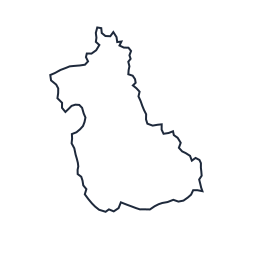 outline of Santana do Jacaré, Minas Gerais, Brazil, rotated 108°
{"feature_id": "56859067B59414869948736", "entity_name": "Santana do Jacaré", "entity_type": "district", "adm_level": 2, "iso_a3": "BRA", "parent_name": "Brazil", "parent_adm1": "Minas Gerais", "projection": "orthographic", "projection_center": [-45.071, -20.88], "detail": "fine", "context": "isolated", "style": "outline", "palette": "slate", "viewbox_px": 256, "rotation_deg": 108, "n_neighbors": 0, "source": "geoboundaries", "source_scale": "gbopen_adm2", "svg_char_len": 1703}
<svg xmlns="http://www.w3.org/2000/svg" viewBox="0 0 256 256"><g transform="rotate(108 128 128)"><path d="M41.9,188.3L47.5,188.0L51.9,185.9L56.0,185.2L57.9,180.9L63.9,182.3L68.5,185.7L69.9,190.2L73.6,189.9L77.0,186.6L81.1,188.5L83.4,193.1L85.6,198.4L87.4,202.5L90.1,205.7L93.7,210.2L98.5,214.7L101.6,218.3L106.5,215.9L108.9,209.7L111.9,206.6L116.4,205.2L121.5,204.3L124.4,198.5L129.2,197.0L132.1,192.5L128.2,190.4L124.4,188.5L122.1,185.3L121.1,181.5L123.0,177.9L127.9,174.6L131.2,171.7L135.7,171.2L140.0,171.4L144.0,173.2L148.0,175.7L151.1,179.5L155.3,177.9L160.0,176.9L163.9,172.8L169.5,169.6L173.0,167.2L176.5,165.0L179.9,163.4L183.4,163.0L187.4,161.6L188.8,157.4L192.1,155.0L196.4,152.8L199.0,148.7L204.4,148.6L207.9,143.7L210.9,138.9L212.9,135.0L214.7,130.2L214.6,123.4L211.3,121.0L211.7,115.8L207.1,112.2L200.9,111.8L201.3,105.1L201.5,99.9L201.7,95.6L201.7,91.5L200.2,87.0L198.7,82.0L194.2,78.5L191.0,75.3L188.7,72.2L186.2,67.5L182.3,62.7L182.4,57.3L179.9,52.8L175.6,49.6L171.9,47.4L167.0,46.8L165.7,42.7L165.1,37.7L162.1,40.0L158.5,42.2L155.0,44.4L150.6,43.2L146.8,44.8L143.3,46.4L138.9,47.8L136.3,50.2L135.6,54.5L139.3,57.2L135.3,60.4L134.0,65.5L133.5,69.3L131.1,73.5L125.8,73.3L122.0,77.7L120.6,82.2L117.2,84.2L120.2,87.8L122.5,92.4L119.2,95.5L114.1,97.1L115.8,100.9L118.1,105.3L117.9,110.9L114.3,113.5L109.3,115.0L106.1,118.2L102.7,121.1L98.4,124.4L94.7,127.8L89.9,128.2L87.6,132.3L86.0,136.5L82.6,134.7L79.4,136.4L76.8,139.7L76.8,144.3L72.7,145.3L68.9,145.7L64.9,148.2L61.4,146.9L58.4,149.1L53.8,148.9L51.5,152.4L52.8,156.8L52.2,161.6L47.8,161.0L49.6,164.8L45.1,167.0L41.3,171.6L46.2,173.2L47.5,177.9L45.8,182.3L41.3,184.3L41.9,188.3Z" fill="none" stroke="#1e293b" stroke-width="2"/></g></svg>